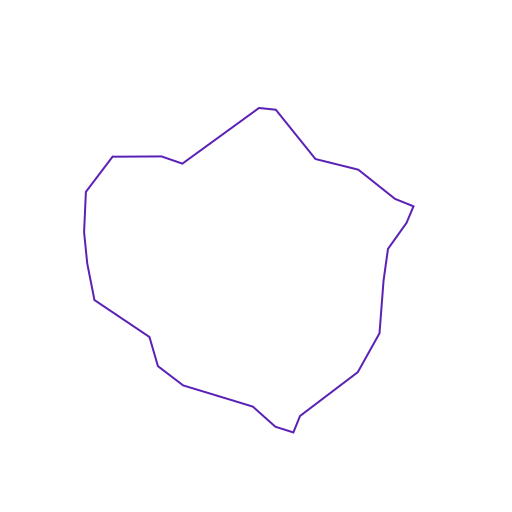 the district of Perstorp, Skåne, Sweden, rotated 144°
{"feature_id": "70781695B63196163664063", "entity_name": "Perstorp", "entity_type": "district", "adm_level": 2, "iso_a3": "SWE", "parent_name": "Sweden", "parent_adm1": "Skåne", "projection": "natural_earth1", "projection_center": [13.405, 56.216], "detail": "fine", "context": "isolated", "style": "outline", "palette": "violet", "viewbox_px": 512, "rotation_deg": 144, "n_neighbors": 0, "source": "geoboundaries", "source_scale": "gbopen_adm2", "svg_char_len": 500}
<svg xmlns="http://www.w3.org/2000/svg" viewBox="0 0 512 512"><g transform="rotate(144 256 256)"><path d="M313.5,420.7L355.9,407.9L381.1,376.3L396.9,349.2L412.6,315.3L389.8,253.1L400.1,224.5L391.0,194.1L365.2,160.0L347.1,136.0L340.7,106.5L329.5,91.3L314.4,100.7L241.9,102.2L201.5,120.9L167.2,161.2L145.0,184.2L114.8,194.3L99.4,203.6L110.0,220.6L122.5,265.7L150.9,299.5L154.0,362.7L166.6,374.0L261.3,374.0L273.9,392.1L311.7,419.2L313.5,420.7Z" fill="none" stroke="#5b21b6" stroke-width="2"/></g></svg>